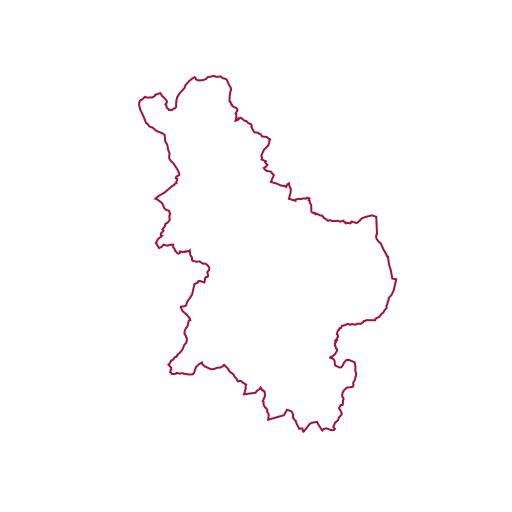 the district of Enniscorthy Lea-6, Wexford, Ireland, rotated 156°
{"feature_id": "5873133B47425584420404", "entity_name": "Enniscorthy Lea-6", "entity_type": "district", "adm_level": 2, "iso_a3": "IRL", "parent_name": "Ireland", "parent_adm1": "Wexford", "projection": "albers", "projection_center": [-6.612, 52.551], "detail": "fine", "context": "isolated", "style": "outline", "palette": "rose", "viewbox_px": 512, "rotation_deg": 156, "n_neighbors": 0, "source": "geoboundaries", "source_scale": "gbopen_adm2", "svg_char_len": 6120}
<svg xmlns="http://www.w3.org/2000/svg" viewBox="0 0 512 512"><g transform="rotate(156 256 256)"><path d="M251.5,71.6L247.8,72.6L246.0,74.7L242.3,76.3L241.6,77.6L241.8,81.2L242.1,82.5L242.0,83.3L239.2,85.4L237.6,84.7L236.8,85.5L235.1,88.9L234.0,89.9L234.3,93.1L232.8,95.6L230.9,97.1L227.6,98.6L226.1,98.7L221.7,97.3L220.3,97.4L219.3,98.7L218.7,100.8L216.9,101.8L213.3,106.1L212.4,107.6L211.8,111.3L210.3,114.0L209.1,118.7L213.2,123.1L215.6,124.2L219.0,122.7L222.1,120.1L223.7,119.7L225.3,120.3L228.3,124.1L226.9,128.2L227.0,130.1L228.2,131.8L229.7,132.9L229.4,133.3L227.7,133.2L224.0,134.0L220.6,136.4L220.0,137.8L220.5,139.2L220.1,141.1L220.3,142.1L219.6,143.5L219.6,144.2L218.1,144.6L218.1,146.6L217.5,146.7L217.0,146.0L216.3,145.9L216.0,147.5L213.7,149.0L213.4,150.6L214.0,151.7L211.4,154.7L209.9,154.8L209.3,156.0L207.5,155.7L205.8,157.3L202.7,156.5L200.7,156.9L199.0,156.1L197.9,154.8L196.0,154.8L193.0,152.7L190.9,153.0L188.0,151.4L185.0,152.0L184.2,152.8L182.6,152.2L181.4,152.6L173.3,148.8L172.3,150.1L168.1,150.3L164.9,152.1L162.7,152.5L160.6,154.2L158.0,155.3L157.4,156.2L157.3,157.2L155.6,158.5L154.7,160.2L153.4,161.1L152.5,162.2L152.6,162.7L151.3,163.9L147.9,165.4L144.1,168.7L137.4,177.6L140.7,180.0L138.7,187.7L138.0,193.8L135.7,201.9L136.4,202.3L136.3,204.8L136.9,209.9L136.9,216.7L138.1,219.3L138.9,222.7L138.3,225.0L137.5,226.4L136.5,226.9L130.2,242.9L133.6,246.0L140.2,247.1L143.6,247.4L149.4,245.2L150.9,245.4L154.8,248.7L156.3,247.4L158.9,248.9L160.3,249.1L160.2,250.1L161.3,250.4L161.9,252.8L165.1,253.1L167.0,254.9L172.0,256.8L174.3,258.9L175.9,258.9L177.4,261.7L178.7,263.3L178.6,264.6L179.3,266.1L180.8,266.8L183.4,270.0L184.6,269.8L184.9,270.5L184.7,271.6L185.9,271.7L187.2,273.2L187.1,274.8L184.9,279.9L185.1,282.6L184.6,284.9L185.2,285.4L183.8,286.8L185.9,288.6L186.5,288.0L187.2,288.1L189.1,289.3L191.7,289.7L193.8,290.9L197.1,291.5L197.5,290.4L202.7,294.9L199.1,299.1L196.8,303.3L197.1,303.8L196.9,306.8L196.4,309.0L198.0,308.7L200.5,306.9L201.3,308.4L201.6,308.2L204.7,310.4L207.6,313.7L212.3,317.6L206.8,322.6L207.9,325.2L207.7,325.7L208.0,326.9L211.7,329.4L212.6,331.2L213.1,333.2L211.1,333.4L208.5,334.6L209.6,337.8L208.5,338.5L211.6,341.9L210.5,343.0L210.5,344.9L210.3,345.5L205.6,349.8L199.9,352.0L198.0,353.9L197.1,355.7L195.7,356.8L197.3,359.1L197.8,360.4L201.9,362.8L202.1,365.1L203.8,366.9L203.9,367.9L206.2,368.9L207.3,370.0L207.8,375.8L206.8,376.7L206.9,378.2L209.2,380.9L210.0,383.2L211.6,384.5L213.5,388.3L214.2,388.7L215.5,388.3L215.9,388.9L217.5,387.6L219.6,388.0L218.2,389.1L218.2,390.0L217.0,391.6L216.6,393.1L216.7,394.6L214.1,396.2L213.3,397.7L213.8,399.3L216.3,402.0L216.7,403.9L216.4,404.2L216.9,404.8L216.6,405.7L217.0,407.2L216.8,407.4L217.3,408.1L215.0,412.8L212.9,416.2L211.0,418.1L210.6,420.6L211.1,423.2L211.0,428.8L211.5,430.0L214.1,432.0L215.3,434.4L219.7,435.9L221.2,437.7L227.8,439.0L229.5,438.0L232.9,438.2L237.3,439.9L238.9,441.6L238.9,443.7L239.4,444.3L242.3,444.0L245.9,443.0L251.1,440.7L252.9,438.6L258.8,436.1L263.2,433.3L265.8,430.0L265.8,429.4L266.7,428.3L268.3,424.7L269.9,423.9L271.6,424.1L273.5,423.4L276.2,424.9L276.0,425.5L276.9,426.8L277.2,428.2L276.6,430.1L277.2,430.9L277.0,431.4L274.7,432.8L274.5,434.2L275.3,437.3L276.7,440.4L277.2,443.7L282.3,444.3L282.3,443.9L283.9,443.2L286.4,443.1L291.6,445.3L292.7,446.6L296.4,445.3L298.6,445.3L300.2,443.7L301.3,441.7L302.2,436.8L302.0,428.6L302.3,422.5L301.2,420.5L300.7,417.7L298.1,415.2L296.1,410.7L291.6,406.2L290.2,403.7L292.3,397.8L291.8,393.6L293.1,388.7L293.2,385.0L295.5,381.0L295.5,380.1L295.2,377.9L293.6,373.6L292.6,366.6L292.5,362.8L293.2,361.1L296.2,361.0L297.7,359.8L296.5,358.4L298.5,356.3L299.0,354.9L299.5,355.2L300.7,354.9L302.5,353.9L303.6,354.2L313.9,351.1L321.1,350.4L324.5,349.2L323.7,348.7L320.2,342.5L320.4,337.1L319.2,334.4L317.1,332.9L317.0,332.1L317.5,330.0L317.3,329.3L318.7,328.1L319.4,326.6L319.9,324.5L320.8,323.6L323.6,322.3L325.8,322.2L327.0,320.3L330.6,318.4L330.2,317.7L330.3,316.6L333.9,315.2L334.4,313.4L333.6,312.7L338.6,311.3L342.3,308.5L341.7,307.2L341.8,305.6L341.3,302.6L338.2,302.8L335.8,304.0L332.9,301.5L329.4,301.0L327.0,300.1L328.1,297.8L327.5,295.3L327.8,293.4L327.2,292.8L327.0,291.3L326.1,289.7L324.4,289.7L323.4,291.1L321.4,289.4L318.9,289.0L319.0,288.5L316.1,288.3L315.9,287.7L315.0,287.5L314.3,287.9L315.6,283.5L315.1,280.6L316.0,278.6L315.9,277.5L312.6,274.9L309.8,274.0L307.7,270.7L305.2,269.5L304.0,267.2L303.4,264.3L304.4,262.4L307.1,261.0L307.6,257.9L308.2,256.9L309.1,256.6L310.1,257.2L311.3,256.7L313.7,253.0L314.0,252.8L317.3,256.0L318.5,256.4L319.2,256.3L319.8,255.4L323.6,255.4L330.0,246.8L337.9,241.8L340.0,239.2L341.5,239.1L345.3,240.3L345.6,239.8L345.5,235.5L342.9,230.1L342.3,227.2L341.9,226.8L342.1,224.2L343.5,224.3L344.7,223.2L345.5,221.4L347.8,219.2L349.0,218.8L351.5,216.7L352.5,215.2L353.0,213.5L352.5,211.8L353.0,210.6L352.6,209.9L352.8,208.7L353.4,207.2L355.1,205.0L357.5,204.1L361.4,200.3L365.0,198.5L367.4,198.0L368.5,197.3L368.4,196.9L370.3,196.2L371.2,196.6L374.1,195.0L376.2,194.9L378.3,193.1L380.2,192.3L378.9,188.3L379.5,187.0L380.4,186.7L381.0,185.4L381.8,184.8L381.0,183.9L380.9,182.6L380.5,182.2L377.1,181.0L376.0,181.6L373.7,179.6L370.6,178.8L369.9,177.8L364.6,174.6L361.8,173.6L360.2,174.5L355.9,179.0L352.1,180.3L348.8,180.7L349.0,180.1L348.9,178.7L347.6,175.8L343.4,171.1L341.1,169.9L336.3,169.6L334.3,168.6L331.2,168.8L329.5,169.6L327.2,164.0L327.5,163.0L326.4,159.6L325.7,158.9L324.7,156.6L324.7,154.6L323.7,151.8L323.7,148.9L321.3,148.5L320.4,147.7L319.7,146.0L317.3,142.5L318.5,141.2L319.3,139.1L323.2,134.5L312.3,131.3L309.4,132.6L306.8,133.0L305.3,134.0L304.9,132.7L305.1,130.8L303.9,130.2L303.7,129.0L303.3,128.6L304.7,124.5L308.9,120.5L308.4,119.7L309.6,117.1L309.4,114.1L308.4,112.1L308.4,110.4L309.2,109.0L308.8,106.8L309.3,105.0L311.5,101.5L295.3,99.2L290.2,102.9L287.2,100.1L286.6,98.8L286.7,95.9L288.0,93.0L287.5,92.3L287.4,90.4L286.8,89.2L287.1,87.2L286.8,80.6L283.8,79.7L284.3,76.5L284.0,76.1L274.9,80.9L272.7,80.9L267.7,79.6L267.6,76.8L266.5,69.6L264.3,70.5L261.4,69.7L258.9,67.0L256.5,65.5L255.2,65.4L254.2,66.0L254.9,68.5L251.5,71.6Z" fill="none" stroke="#9f1239" stroke-width="2"/></g></svg>